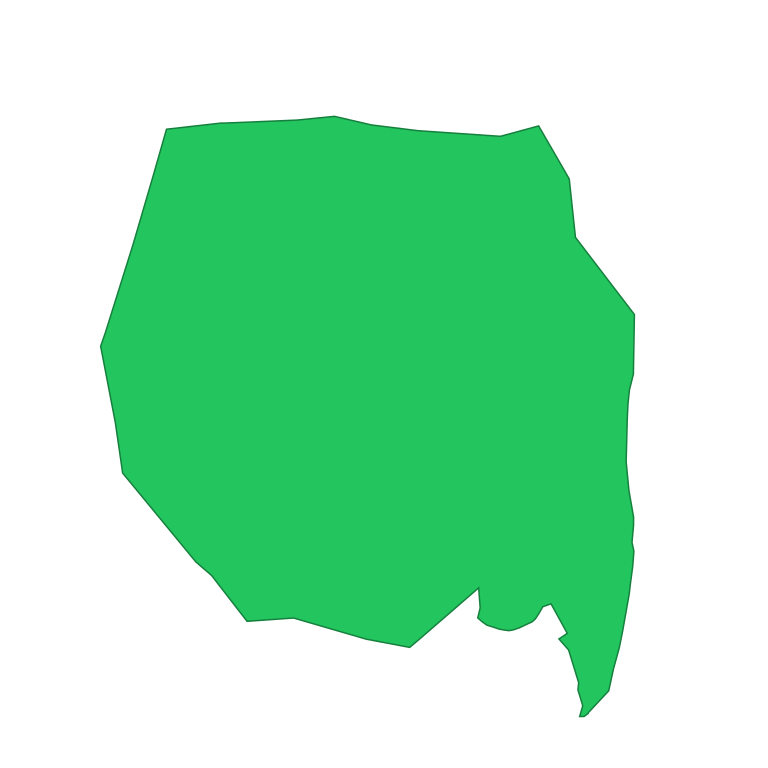 San Jerónimo Silacayoapilla, Oaxaca, Mexico, rotated 12°
{"feature_id": "50627088B61511584244630", "entity_name": "San Jerónimo Silacayoapilla", "entity_type": "district", "adm_level": 2, "iso_a3": "MEX", "parent_name": "Mexico", "parent_adm1": "Oaxaca", "projection": "orthographic", "projection_center": [-97.853, 17.807], "detail": "fine", "context": "isolated", "style": "filled", "palette": "green", "viewbox_px": 768, "rotation_deg": 12, "n_neighbors": 0, "source": "geoboundaries", "source_scale": "gbopen_adm2", "svg_char_len": 1260}
<svg xmlns="http://www.w3.org/2000/svg" viewBox="0 0 768 768"><g transform="rotate(12 384 384)"><path d="M190.3,560.0L237.0,597.2L255.1,607.1L299.4,644.6L344.2,631.7L419.7,637.3L463.9,636.3L469.0,629.7L471.5,626.5L477.4,618.7L479.0,616.6L501.6,586.7L504.4,583.0L508.4,577.7L519.0,563.7L522.6,576.2L523.1,577.7L523.9,580.6L524.6,583.1L524.4,590.9L524.3,593.3L529.5,596.2L534.8,598.5L541.5,599.1L547.4,599.8L552.4,599.7L557.5,599.3L561.7,597.6L567.0,594.4L574.5,588.7L578.3,585.9L580.9,582.3L583.4,575.8L585.6,568.9L593.1,564.3L615.1,589.8L608.1,597.0L619.9,605.8L636.5,635.7L637.3,642.9L645.3,657.4L644.5,668.6L648.9,667.6L652.3,663.6L652.2,663.0L667.6,637.4L667.7,614.6L669.0,593.2L668.8,575.6L667.5,538.0L666.6,528.8L665.2,510.5L663.2,495.6L659.5,487.3L657.5,470.4L655.8,462.3L655.0,460.3L645.7,437.2L637.0,409.6L629.2,367.5L626.8,352.8L625.3,338.7L625.9,322.5L614.5,264.0L540.8,200.8L522.6,145.0L516.1,137.7L481.6,99.4L464.0,108.5L456.8,112.2L446.4,117.5L431.2,119.7L427.6,120.2L427.4,120.2L412.8,122.3L401.5,123.9L386.1,126.1L364.2,129.2L317.9,133.2L279.9,132.5L243.8,144.0L173.9,161.9L170.2,162.7L118.3,180.0L114.9,228.9L109.5,300.1L100.8,391.5L99.0,406.0L129.1,477.3L146.9,525.5L190.3,560.0Z" fill="#22c55e" stroke="#15803d" stroke-width="1.5"/></g></svg>